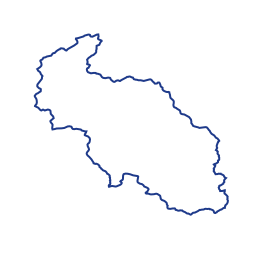 outline of Canta, Lima, Peru, rotated 260°
{"feature_id": "86281439B11462215509346", "entity_name": "Canta", "entity_type": "district", "adm_level": 2, "iso_a3": "PER", "parent_name": "Peru", "parent_adm1": "Lima", "projection": "equal_earth", "projection_center": [-76.765, -11.534], "detail": "fine", "context": "isolated", "style": "outline", "palette": "blue", "viewbox_px": 256, "rotation_deg": 260, "n_neighbors": 0, "source": "geoboundaries", "source_scale": "gbopen_adm2", "svg_char_len": 5781}
<svg xmlns="http://www.w3.org/2000/svg" viewBox="0 0 256 256"><g transform="rotate(260 128 128)"><path d="M201.8,48.9L201.5,49.1L200.2,49.3L198.6,50.8L198.0,51.2L196.3,51.5L194.0,52.8L193.3,52.2L191.6,51.8L191.2,51.5L186.6,46.4L185.1,45.9L184.5,46.0L182.9,47.1L182.5,47.5L181.9,48.5L181.4,48.9L179.5,48.5L179.2,48.3L178.7,46.9L177.9,45.3L177.5,43.6L176.0,41.8L175.2,41.7L172.8,42.7L171.3,42.9L169.1,42.7L167.6,42.1L166.0,40.3L165.7,40.2L163.5,43.2L161.2,44.6L160.6,45.2L160.3,45.8L160.9,47.4L160.8,47.7L159.7,49.1L160.1,52.3L159.4,53.8L158.8,54.4L158.3,54.6L155.5,54.4L154.8,54.7L152.4,56.3L150.6,56.5L148.5,52.9L147.8,52.7L146.3,53.3L145.3,54.0L144.2,54.3L141.0,53.3L139.7,53.4L139.7,55.7L139.9,57.7L139.2,62.6L139.1,65.3L140.0,68.8L139.9,70.6L139.2,72.3L138.9,72.6L137.5,72.9L136.7,73.4L136.2,74.8L136.2,76.9L134.8,81.0L134.5,81.5L133.7,81.9L133.4,82.4L132.1,85.2L131.9,86.4L130.8,85.8L129.3,84.4L128.5,84.2L128.2,84.5L126.6,87.2L124.7,88.5L123.4,88.6L121.0,87.8L120.1,87.1L119.5,85.9L118.7,85.2L117.0,85.2L114.9,85.8L113.7,85.9L112.6,85.2L111.7,84.0L110.9,83.3L110.2,82.9L109.3,82.9L108.0,83.4L106.3,84.8L103.2,86.7L102.3,87.0L99.8,88.1L99.2,88.0L98.3,89.6L98.4,90.0L98.3,90.7L97.8,91.5L97.1,92.4L95.8,93.3L94.7,93.1L93.5,94.2L92.6,94.5L92.2,95.0L90.7,96.0L89.3,98.3L87.9,99.2L86.5,99.6L86.2,100.2L85.8,100.7L84.4,101.7L83.6,101.7L82.9,101.3L82.2,101.7L81.5,101.5L80.0,101.5L79.5,101.1L79.0,101.4L77.7,100.9L76.8,101.1L75.7,100.6L75.4,99.7L74.7,99.1L73.7,99.0L73.4,99.1L73.7,101.4L73.6,102.5L72.5,105.6L72.5,106.5L73.3,110.1L73.8,111.3L74.3,111.9L75.0,112.3L75.4,112.2L76.7,111.2L77.2,111.7L77.9,113.6L78.5,114.1L81.9,114.9L83.1,115.5L83.4,116.0L83.5,117.7L83.0,119.8L82.0,122.2L80.5,124.8L78.9,129.3L78.3,129.6L77.8,129.4L74.2,128.1L73.2,128.1L72.7,128.3L71.2,129.9L70.3,132.0L68.9,133.3L67.6,133.8L66.2,136.0L65.2,137.2L64.5,137.6L64.0,137.6L62.0,135.9L61.3,134.3L61.0,134.1L60.5,134.3L60.2,134.7L59.9,136.5L58.9,138.3L58.6,139.2L58.3,142.0L58.4,144.0L58.3,144.6L57.9,145.5L55.9,147.7L55.5,147.9L52.5,148.0L51.2,148.9L50.1,150.8L49.4,151.6L47.8,152.9L47.1,153.1L45.8,153.0L44.6,153.6L43.7,153.1L42.6,153.0L41.7,153.5L41.5,154.0L41.0,155.6L41.0,157.9L40.7,160.1L40.4,160.4L39.1,160.7L38.9,161.4L38.0,162.8L37.7,163.8L37.9,165.1L37.5,166.0L37.5,166.9L36.2,168.0L35.4,169.4L33.5,171.4L33.3,172.6L31.8,174.5L31.9,175.3L32.5,176.1L33.2,177.3L33.1,179.3L34.0,182.4L34.9,184.3L34.7,185.0L34.8,186.2L34.6,188.4L34.9,189.4L35.0,190.2L34.4,192.4L34.4,193.6L34.2,194.2L33.8,194.4L33.8,194.9L32.6,196.9L32.1,197.5L31.2,198.0L30.0,198.1L29.4,198.4L29.1,199.3L29.5,200.1L29.6,200.8L30.3,201.4L30.6,202.6L31.2,204.1L31.5,204.9L31.5,205.9L32.6,208.1L32.6,209.6L33.2,209.6L34.0,209.9L34.3,210.3L34.9,210.4L36.0,212.1L37.2,213.1L39.1,213.8L40.7,213.4L41.6,213.9L42.3,213.8L43.1,214.2L44.2,213.7L44.5,213.4L45.5,212.8L46.7,211.7L47.5,211.7L48.5,212.0L49.0,212.4L49.9,212.5L49.6,210.1L49.9,207.8L50.9,207.8L51.9,207.2L53.7,207.0L54.3,207.7L55.0,207.7L55.3,208.1L55.5,209.5L56.6,212.2L57.4,212.5L58.1,213.5L59.2,213.4L60.4,214.0L61.7,215.8L62.1,215.2L63.1,214.4L64.6,214.0L65.5,213.1L66.5,211.5L66.9,211.4L67.0,210.1L67.3,209.5L67.1,208.3L67.3,206.2L69.2,205.6L69.6,205.3L70.2,205.3L70.7,204.9L72.1,205.5L72.8,205.3L73.3,205.4L73.7,206.0L75.6,207.4L75.9,207.3L76.6,206.5L77.2,206.2L77.6,207.5L77.6,208.3L78.6,210.6L78.9,210.8L80.2,210.9L80.5,211.2L80.6,211.8L81.0,212.3L83.1,212.7L84.0,212.4L84.7,212.8L85.2,212.8L87.2,211.7L89.2,212.3L89.7,211.8L90.3,211.7L91.0,210.8L92.9,212.4L93.9,212.1L95.5,212.4L96.2,212.9L97.5,213.5L98.2,214.3L98.8,214.4L99.5,215.6L99.9,215.5L102.1,214.3L103.2,212.9L105.7,211.6L107.8,209.3L109.6,208.4L111.1,208.0L111.8,207.4L113.9,206.4L115.0,205.6L115.4,204.5L115.7,198.3L116.4,197.3L118.1,193.6L118.9,192.4L120.1,192.1L121.8,191.2L123.4,191.5L125.4,191.5L128.1,190.1L131.5,185.9L132.3,183.6L133.0,182.6L133.7,182.3L135.4,182.3L136.4,182.0L138.6,179.5L139.3,179.0L140.4,177.2L140.9,176.9L141.6,176.7L142.8,176.7L144.7,177.4L146.4,177.7L147.4,177.3L150.1,175.2L150.8,175.0L153.5,175.1L155.4,174.8L156.0,174.9L156.5,174.2L156.6,173.0L156.9,172.0L158.1,170.1L159.0,169.2L160.0,168.7L161.7,169.0L163.2,167.5L165.3,167.3L167.2,166.8L167.4,166.5L167.6,165.4L166.8,164.2L167.0,162.3L167.2,162.0L168.4,161.4L169.4,160.5L171.4,159.4L172.0,158.5L172.1,157.6L171.6,151.7L172.8,148.8L173.2,146.6L174.0,145.1L174.2,144.1L175.1,142.2L176.8,141.6L177.3,140.3L178.1,139.3L178.4,138.6L178.5,137.8L178.3,137.1L178.5,135.9L178.1,135.2L176.3,129.6L175.7,128.5L175.7,128.1L176.6,126.6L176.7,125.8L176.6,124.7L175.9,123.2L175.8,122.5L176.0,122.0L176.5,121.3L178.3,119.8L179.0,119.4L180.3,119.2L180.5,119.0L181.1,117.2L181.0,114.4L181.5,112.7L181.8,112.1L182.8,111.1L185.3,110.1L185.6,109.6L186.6,107.9L187.1,106.2L187.6,106.0L187.9,105.5L188.2,103.9L188.3,101.0L189.9,98.3L191.2,97.7L192.6,97.6L193.2,97.8L193.7,98.1L194.0,98.6L194.1,99.5L196.4,101.4L196.8,101.2L197.5,100.1L197.8,99.0L198.1,98.8L199.9,99.7L202.4,99.6L203.9,101.4L204.8,103.5L205.5,104.5L205.9,106.5L206.2,107.1L207.7,109.4L208.4,109.9L209.9,110.1L211.5,110.9L211.9,110.8L214.4,111.4L214.9,114.2L216.5,115.2L217.6,116.2L218.3,117.2L218.7,117.1L220.5,114.3L221.0,114.0L221.5,114.0L223.2,114.9L225.3,115.0L225.4,113.5L224.1,108.9L224.3,108.5L224.4,107.5L224.6,107.3L225.4,106.7L226.3,106.7L226.7,106.0L226.9,105.1L226.5,101.1L225.9,100.2L225.8,99.3L225.2,94.3L225.2,92.3L224.6,92.1L223.3,92.8L222.0,93.2L220.6,93.0L220.2,92.6L218.6,89.3L216.5,83.3L215.9,82.0L215.1,81.1L215.0,80.6L215.3,80.2L216.3,79.1L217.3,78.5L218.1,75.9L218.0,75.2L217.4,74.6L217.3,73.5L216.2,71.0L214.6,68.8L214.7,67.7L214.4,66.7L212.6,65.0L212.5,60.9L212.4,60.1L212.0,59.2L211.9,56.9L210.4,55.6L209.9,53.8L209.6,53.4L208.9,53.3L207.7,53.8L205.8,53.9L205.1,53.8L204.3,53.4L203.2,52.0L201.8,48.9Z" fill="none" stroke="#1e3a8a" stroke-width="2"/></g></svg>